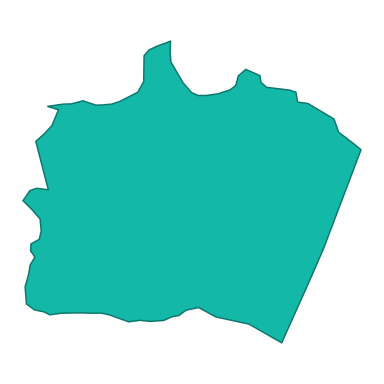 outline of Bom Sucesso, Paraíba, Brazil
{"feature_id": "56859067B88877822125825", "entity_name": "Bom Sucesso", "entity_type": "district", "adm_level": 2, "iso_a3": "BRA", "parent_name": "Brazil", "parent_adm1": "Paraíba", "projection": "mercator", "projection_center": [-37.966, -6.47], "detail": "fine", "context": "isolated", "style": "filled", "palette": "teal", "viewbox_px": 384, "rotation_deg": 0, "n_neighbors": 0, "source": "geoboundaries", "source_scale": "gbopen_adm2", "svg_char_len": 1027}
<svg xmlns="http://www.w3.org/2000/svg" viewBox="0 0 384 384"><path d="M23.0,200.7L32.0,209.6L40.1,219.1L41.2,231.0L39.3,239.3L31.0,243.9L30.6,250.8L34.9,257.1L30.1,265.1L28.7,274.0L25.1,286.8L26.4,303.9L34.5,309.9L44.1,311.9L49.7,314.8L61.5,313.2L78.2,312.9L92.5,313.2L101.4,313.2L109.3,314.8L117.5,317.8L128.6,321.8L140.1,320.3L149.9,321.4L163.6,320.5L171.9,316.8L178.8,315.5L186.2,310.2L198.7,307.5L215.7,316.9L248.9,324.1L281.7,342.8L307.9,284.5L323.3,249.2L361.0,149.8L354.1,144.1L338.6,132.1L334.0,119.0L320.0,110.7L307.9,103.5L297.6,102.1L296.0,92.3L290.1,90.2L266.6,87.3L261.0,82.4L260.0,75.7L245.9,69.4L238.4,75.7L235.7,85.6L229.9,89.9L218.0,93.8L206.0,95.5L198.1,95.5L191.6,92.6L183.0,82.7L170.9,62.0L170.2,53.0L170.5,41.2L157.5,46.0L148.9,50.0L144.1,55.7L143.7,81.6L137.8,92.2L119.8,101.4L111.9,104.1L101.8,105.0L95.8,105.1L83.0,100.8L71.3,103.9L63.4,104.1L47.4,106.4L58.5,109.8L51.9,125.6L44.7,133.4L35.8,141.4L48.3,189.8L36.6,188.3L29.9,190.6L23.0,200.7Z" fill="#14b8a6" stroke="#0f766e" stroke-width="1.5"/></svg>